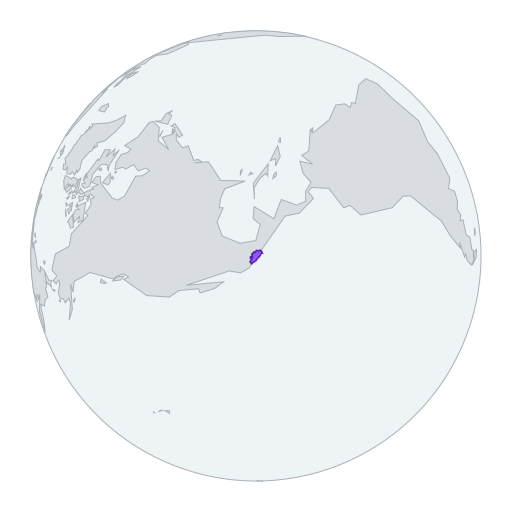 the Earth from above Guerrero, rotated 288°
{"feature_id": "MEX-2729", "entity_name": "Guerrero", "entity_type": "State", "adm_level": 1, "iso_a3": "MEX", "parent_name": "Mexico", "parent_adm1": "", "projection": "orthographic", "projection_center": [-99.836, 17.594], "detail": "fine", "context": "on_globe", "style": "filled", "palette": "violet", "viewbox_px": 512, "rotation_deg": 288, "n_neighbors": 0, "source": "natural_earth", "source_scale": "10m", "svg_char_len": 10879}
<svg xmlns="http://www.w3.org/2000/svg" viewBox="0 0 512 512"><g transform="rotate(288 256 256)"><circle cx="256" cy="256" r="225" fill="#eef3f6" stroke="#a8b0b8"/><path d="M42.7,326.6L43.2,328.2L43.2,328.3L42.7,326.6ZM338.3,287.6L333.1,285.8L328.6,292.9L310.3,284.0L302.9,271.3L242.3,253.1L235.1,246.4L233.6,235.3L206.6,198.8L221.5,233.2L212.3,226.6L203.6,214.3L207.0,211.3L199.3,193.3L190.2,186.4L184.6,164.3L192.9,137.2L196.7,141.5L198.2,135.1L193.5,129.6L190.1,127.6L189.1,103.4L175.5,90.9L165.1,93.2L172.1,88.4L148.5,97.8L137.2,98.2L153.7,94.2L158.2,91.1L152.5,89.1L155.9,85.7L155.1,83.0L159.7,79.3L169.0,78.0L172.1,75.8L167.8,74.6L169.8,70.7L175.6,72.7L179.6,66.2L195.8,64.5L207.6,75.3L220.3,73.6L242.4,83.6L244.1,80.5L253.6,83.3L259.1,80.9L261.6,84.1L263.9,79.6L260.5,77.2L260.4,74.6L263.3,73.2L267.0,76.8L266.1,78.0L268.7,78.4L269.3,80.9L270.7,78.9L274.9,83.8L275.2,77.1L282.2,79.5L283.7,83.3L277.8,85.3L266.7,101.3L266.4,107.0L272.1,112.4L294.8,116.9L297.0,122.7L304.1,128.7L305.6,124.1L300.6,117.8L305.1,111.3L298.4,105.2L299.3,101.9L294.7,95.2L301.7,93.9L310.9,96.5L315.0,102.3L319.2,103.8L320.4,96.9L332.9,107.0L349.7,113.1L352.3,116.4L348.2,124.4L335.4,127.3L330.1,140.3L339.9,129.9L346.2,139.3L349.9,140.3L353.2,139.0L353.3,134.9L356.8,138.0L348.4,148.8L345.1,146.0L347.8,142.4L341.8,144.2L336.2,152.7L339.9,157.5L327.6,167.3L330.0,171.1L328.7,175.7L325.6,168.9L330.9,181.7L317.0,199.1L323.9,222.6L310.2,205.5L301.1,204.5L290.6,206.1L291.6,209.9L276.4,208.4L264.6,217.7L263.1,236.9L270.6,251.0L287.2,250.3L290.9,241.7L302.4,238.9L297.0,261.5L317.5,262.5L317.0,278.9L323.4,286.5L332.9,283.1L343.0,285.7L349.2,275.3L359.6,268.4L360.9,281.4L365.8,268.5L372.2,273.7L392.1,268.8L390.9,272.2L407.9,283.4L424.3,285.2L428.1,293.4L426.4,299.7L431.6,299.5L431.7,303.3L450.6,300.9L458.6,305.5L457.2,318.3L448.2,336.5L434.9,368.9L417.4,384.2L409.5,396.7L389.8,416.3L379.7,418.2L379.0,424.7L370.4,430.7L362.8,432.7L358.5,437.9L352.7,439.3L354.4,441.6L340.9,449.5L339.8,453.7L328.8,459.3L328.3,461.4L325.7,461.8L321.9,463.2L320.1,464.6L314.0,463.6L317.0,458.3L322.7,454.8L319.4,454.8L331.9,445.5L326.7,447.9L335.4,434.4L346.4,421.7L361.0,384.3L358.2,377.3L344.0,370.6L327.4,343.1L333.2,329.9L329.0,324.4L342.8,304.3L338.3,287.6ZM79.6,222.5L80.7,217.3L82.1,221.1L79.6,222.5ZM80.1,213.8L80.0,215.7L79.8,214.1L80.1,213.8ZM79.1,212.5L79.8,213.5L78.8,212.8L79.1,212.5ZM77.5,211.3L78.4,211.7L78.2,211.9L77.5,211.3ZM324.2,230.9L347.5,239.1L335.6,242.4L337.6,240.0L331.5,236.0L320.4,233.1L309.6,237.0L324.2,230.9ZM75.6,207.9L75.3,206.9L76.2,206.8L75.6,207.9ZM331.5,216.4L327.6,216.0L331.3,215.4L331.5,216.4ZM188.0,127.5L193.1,129.9L196.1,136.5L191.4,134.7L188.0,127.5ZM182.8,116.1L186.2,115.9L184.1,122.0L182.9,120.2L182.8,116.1ZM156.9,96.1L160.5,97.0L155.9,97.4L156.9,96.1ZM154.1,83.3L152.0,84.2L152.5,82.5L154.1,83.3ZM291.2,96.5L293.0,95.9L292.9,97.4L291.2,96.5ZM287.6,94.3L286.4,96.6L284.4,95.9L285.3,94.5L287.6,94.3ZM160.0,75.4L161.4,72.7L161.6,75.2L160.0,75.4ZM289.7,91.8L281.2,94.5L277.9,93.4L278.3,87.4L289.7,91.8ZM163.3,71.0L166.5,65.0L162.1,66.3L176.3,59.7L168.9,66.6L169.8,69.3L166.6,69.1L163.3,71.0ZM258.2,77.1L261.9,79.6L256.1,78.9L258.2,77.1ZM254.5,77.4L236.8,80.4L232.8,76.5L239.5,76.1L232.1,72.6L238.9,69.2L244.4,70.3L245.7,73.4L247.3,69.9L254.5,77.4ZM183.6,57.4L185.8,56.0L185.3,57.3L183.6,57.4ZM259.9,73.6L256.6,74.3L252.9,70.9L258.7,68.9L258.0,70.6L259.9,73.6ZM226.9,73.5L225.2,71.0L230.1,67.4L230.1,66.0L238.7,68.8L226.9,73.5ZM260.4,70.6L261.7,68.0L266.2,68.4L262.7,72.7L260.4,70.6ZM249.5,71.0L248.1,69.4L250.8,69.6L249.5,71.0ZM282.6,69.3L278.8,69.8L276.6,68.0L282.6,69.3ZM261.9,67.0L260.4,66.9L259.1,66.3L260.9,64.8L261.9,67.0ZM241.6,66.3L244.0,65.5L238.4,64.9L241.9,62.5L246.9,65.0L246.2,63.0L247.3,62.3L250.2,65.1L241.6,66.3ZM258.7,61.7L266.3,64.6L273.8,63.8L276.0,65.3L263.6,66.4L258.7,61.7ZM253.5,63.4L257.2,62.6L258.1,64.6L256.0,66.4L253.5,63.4ZM242.4,60.2L235.7,63.1L234.9,62.6L242.4,60.2ZM260.7,61.0L258.8,60.4L261.1,60.7L260.7,61.0ZM247.8,59.9L245.6,60.9L244.7,60.2L247.8,59.9ZM256.9,58.4L259.4,59.3L258.1,60.4L256.9,58.4ZM252.6,58.8L251.9,57.6L256.1,60.3L251.8,59.3L252.6,58.8ZM247.3,59.1L246.0,59.0L248.4,58.8L247.3,59.1ZM260.4,54.0L266.1,57.2L263.2,59.5L258.1,56.0L260.4,54.0ZM322.8,465.9L313.9,464.4L319.5,464.9L326.8,462.0L330.3,463.6L322.8,465.9ZM342.9,457.7L349.3,455.3L349.9,455.6L345.6,457.4L342.9,457.7ZM409.6,91.2L416.4,98.2L435.1,120.4L437.8,125.7L436.2,126.3L420.7,109.1L416.2,99.6L410.7,94.4L404.1,90.6L403.3,88.4L400.1,86.0L397.7,82.7L387.0,74.0L383.4,70.8L372.1,64.0L368.7,61.7L376.4,66.2L379.8,68.1L373.8,64.0L392.4,76.7L409.6,91.2ZM347.8,50.3L350.3,51.5L342.8,48.4L333.4,44.7L332.2,44.4L347.3,50.6L352.3,52.8L354.6,53.6L369.2,61.3L374.1,64.3L363.4,59.1L369.1,63.2L358.3,58.3L324.0,43.0L313.3,39.2L310.6,37.4L318.8,39.6L321.3,40.4L322.3,40.7L347.8,50.3ZM305.5,36.2L305.2,36.2L304.8,36.1L305.5,36.2ZM270.4,31.2L267.7,31.0L265.0,30.9L270.4,31.2ZM263.3,30.8L262.4,30.8L261.9,30.8L263.3,30.8ZM254.8,30.7L255.6,30.8L236.3,33.0L225.2,34.0L226.0,33.2L209.5,36.8L198.3,39.2L200.6,38.9L194.2,41.5L197.7,40.7L198.3,40.9L183.6,48.8L177.9,51.1L174.1,55.7L175.3,55.8L179.3,54.2L176.3,59.7L162.1,66.3L160.2,65.7L152.6,70.8L149.2,69.0L143.0,70.3L143.7,66.3L138.6,68.3L136.2,70.2L127.6,74.9L118.1,79.2L136.3,67.2L152.7,62.3L146.9,63.2L151.4,60.7L151.2,59.8L146.9,61.1L144.5,62.5L153.6,55.4L152.3,56.0L168.4,48.5L185.0,42.2L202.0,37.3L219.4,33.7L237.1,31.5L254.8,30.7ZM480.5,237.0L479.5,232.6L471.9,210.3L468.8,196.4L463.4,183.8L438.4,126.7L438.5,124.9L432.2,115.7L442.1,129.0L450.9,143.0L458.7,157.6L465.3,172.8L470.9,188.3L475.3,204.3L478.5,220.5L480.5,237.0ZM453.3,151.2L455.5,155.1L453.3,151.2ZM392.7,268.5L395.3,270.5L392.2,271.3L392.7,268.5ZM334.7,248.1L339.3,247.7L342.0,249.4L338.6,250.6L334.7,248.1ZM371.5,242.1L376.4,242.3L371.6,244.4L371.5,242.1ZM351.0,240.1L367.6,242.5L358.3,248.2L347.6,246.8L354.6,244.5L351.0,240.1ZM330.8,224.3L333.9,224.9L333.5,227.4L330.8,224.3ZM334.2,216.0L333.1,216.4L331.3,214.6L334.2,216.0ZM346.7,138.7L347.4,137.9L351.2,137.4L350.1,139.4L346.7,138.7ZM363.4,126.4L368.7,131.8L364.2,129.1L363.8,132.5L353.9,131.4L353.1,118.1L355.2,124.1L363.4,126.4ZM340.5,127.2L346.9,128.8L339.9,127.6L340.5,127.2ZM384.7,78.3L386.3,78.2L390.8,81.4L395.3,87.3L388.8,82.4L384.7,78.3ZM387.5,77.5L375.7,71.7L372.4,68.4L376.3,71.1L375.3,69.5L381.2,73.6L389.6,76.9L394.2,80.1L400.0,88.0L395.6,83.4L394.3,83.5L387.5,77.5ZM351.2,68.4L346.1,67.5L345.7,61.4L350.6,63.1L355.3,68.5L352.4,69.7L351.2,68.4ZM292.0,81.4L290.0,82.6L289.0,81.4L289.8,79.5L292.0,81.4ZM281.0,69.6L299.4,75.6L298.1,77.1L310.5,79.6L311.9,84.7L303.8,82.7L314.1,88.9L307.4,89.2L314.8,93.2L296.7,88.3L291.1,89.3L296.8,86.1L295.7,81.3L293.6,79.6L283.2,75.6L270.6,76.1L267.5,72.0L268.6,69.0L271.2,68.2L272.4,71.0L275.0,68.0L278.7,71.5L281.0,69.6ZM284.0,44.6L284.3,46.7L290.1,44.2L293.8,46.5L294.3,46.0L299.3,47.7L306.2,49.1L307.0,50.3L309.3,50.4L312.7,51.7L316.1,52.3L318.9,55.0L323.3,56.1L322.1,56.7L329.0,58.0L325.1,58.3L329.1,60.5L330.8,59.1L337.1,74.8L342.7,82.2L349.6,88.6L341.9,89.1L330.6,83.8L318.7,76.4L314.3,69.6L311.6,71.4L308.8,68.9L312.1,68.5L305.3,67.6L303.8,65.5L293.1,60.9L284.2,61.6L280.1,60.2L282.9,58.9L276.9,58.5L279.3,55.3L276.4,54.4L275.9,50.6L282.9,49.1L279.1,48.3L278.6,45.8L284.0,44.6ZM260.6,52.9L268.1,49.9L273.8,49.9L272.3,56.6L274.5,57.9L273.8,62.8L265.5,62.9L266.5,61.4L265.5,60.0L268.5,60.5L265.3,59.1L266.6,57.1L264.5,55.6L267.5,55.0L260.6,52.9ZM374.5,64.9L372.3,63.4L373.5,64.1L376.5,65.9L374.5,64.9ZM301.8,39.9L301.1,40.5L299.5,40.2L294.0,40.5L290.7,39.2L292.8,38.4L301.8,39.9ZM297.4,38.5L295.5,38.7L295.0,37.9L297.4,38.5ZM288.1,38.3L287.0,37.4L289.7,39.1L288.1,38.3ZM285.3,32.6L289.4,33.3L280.1,32.5L267.1,31.6L278.5,32.1L284.6,32.6L285.3,32.6ZM240.4,32.6L240.5,33.3L237.2,33.4L236.8,33.2L240.4,32.6ZM242.7,32.7L248.8,33.1L246.7,33.8L242.3,33.3L242.7,32.7ZM273.5,34.4L277.0,34.6L277.3,35.1L273.5,34.4ZM42.8,328.6L44.2,332.3L43.6,331.1L42.8,328.6ZM43.2,328.3L42.5,327.1L42.7,326.6L43.2,328.3ZM183.8,56.1L185.6,56.0L183.1,57.0L183.8,56.1ZM200.3,40.4L200.8,40.8L197.8,41.6L200.3,40.4ZM200.3,42.6L203.4,41.3L201.3,42.7L200.3,42.6ZM209.9,38.8L205.1,40.8L208.0,38.8L209.9,38.8Z" fill="#d9dde1" stroke="#a8b0b8" stroke-width="1"/><path d="M260.8,261.0L260.8,260.9L260.7,260.8L260.6,260.7L260.3,260.4L260.1,260.2L259.9,260.1L259.7,260.1L259.4,260.1L258.6,259.9L258.0,259.7L257.7,259.6L257.3,259.6L257.0,259.6L256.9,259.6L256.6,259.5L256.4,259.4L256.2,259.2L255.9,259.1L256.0,259.1L255.9,259.1L255.9,258.9L255.7,258.9L255.7,259.0L255.8,259.0L255.7,259.0L255.7,258.9L255.4,258.7L255.1,258.6L254.9,258.5L254.5,258.4L254.2,258.2L253.3,257.9L252.9,257.8L252.7,257.7L252.3,257.5L252.0,257.5L251.8,257.4L251.6,257.3L251.4,257.3L251.4,257.2L251.2,256.9L250.9,256.7L250.6,256.5L250.3,256.4L250.2,256.3L249.9,256.2L250.0,256.2L249.9,256.0L249.8,255.9L249.7,255.9L249.4,255.8L249.4,255.7L249.2,255.7L249.1,255.4L248.9,255.2L248.6,254.8L248.4,254.7L248.2,254.6L247.9,254.5L247.8,254.4L247.5,254.4L247.5,254.5L247.4,254.5L247.3,254.3L247.2,254.3L247.2,254.0L247.3,253.9L247.3,253.7L247.5,253.6L247.8,253.6L248.0,253.5L248.3,253.3L248.4,253.2L248.3,252.8L248.3,252.6L248.4,252.3L248.5,252.1L248.8,252.1L249.2,252.1L249.3,252.1L249.4,252.3L249.5,252.4L249.7,252.5L249.8,252.5L250.0,252.5L250.4,252.4L250.6,252.3L251.3,252.3L251.5,252.3L251.8,252.4L251.8,252.5L252.0,252.5L251.9,252.4L252.3,252.4L252.4,252.5L252.5,252.6L252.8,252.6L252.8,252.8L252.7,252.9L252.7,253.0L252.8,253.1L253.0,253.0L253.1,252.9L252.9,252.6L252.7,252.5L252.7,252.4L252.6,252.2L252.6,251.9L252.5,251.7L252.6,251.4L252.5,251.2L252.8,251.1L252.8,251.3L252.9,251.2L253.0,251.2L253.4,251.1L253.5,251.1L253.8,251.3L253.7,251.5L253.8,251.7L253.8,251.8L253.8,252.0L254.0,252.1L254.1,252.3L254.0,252.5L254.2,252.8L254.3,252.9L254.5,252.8L254.5,252.7L254.8,252.5L254.9,252.4L255.0,252.3L255.0,252.2L255.3,252.0L255.4,251.9L255.5,251.9L255.8,251.8L256.0,251.8L256.1,252.0L256.3,251.9L256.3,251.7L256.6,251.5L256.7,251.4L256.8,251.5L257.0,251.7L257.1,251.8L257.3,251.8L257.2,251.8L257.2,252.0L257.3,252.0L257.5,252.1L257.6,252.3L257.8,252.4L257.9,252.5L258.0,252.6L258.2,252.4L258.3,252.3L258.4,252.2L258.5,252.2L258.6,252.3L258.6,252.5L258.8,252.8L258.9,253.0L258.9,253.3L259.0,253.3L259.0,253.5L259.1,253.4L259.1,253.5L259.3,253.6L259.4,253.8L259.5,253.9L259.8,253.9L259.8,254.1L259.9,254.3L260.1,254.4L260.3,254.4L260.5,254.5L260.8,254.6L261.0,254.6L261.3,254.5L261.6,254.8L261.6,255.0L261.5,255.4L261.5,255.5L261.4,255.7L261.4,255.8L261.5,256.0L261.6,256.3L261.7,256.5L261.7,256.8L261.6,257.0L261.9,257.2L262.0,257.3L262.1,257.5L262.2,257.4L262.3,257.4L262.3,257.5L262.5,257.7L262.6,257.8L262.9,258.1L262.9,258.3L262.8,258.5L262.7,258.7L262.7,258.8L262.6,259.2L262.6,259.3L262.4,259.4L262.3,259.5L262.1,259.5L262.1,259.8L262.0,260.0L261.9,260.0L261.7,260.0L261.7,260.3L261.7,260.5L261.4,260.8L261.2,260.8L260.9,260.9L260.8,261.0L260.8,261.0Z" fill="#8b5cf6" stroke="#5b21b6" stroke-width="1.5"/></g></svg>